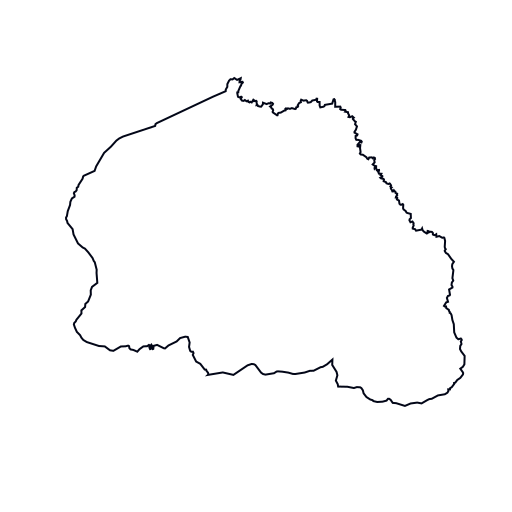 outline of Ocnita, Dâmbovita, Romania, rotated 168°
{"feature_id": "2599482B12009979413210", "entity_name": "Ocnita", "entity_type": "district", "adm_level": 2, "iso_a3": "ROU", "parent_name": "Romania", "parent_adm1": "Dâmbovita", "projection": "mercator", "projection_center": [25.545, 44.998], "detail": "fine", "context": "isolated", "style": "outline", "palette": "ink", "viewbox_px": 512, "rotation_deg": 168, "n_neighbors": 0, "source": "geoboundaries", "source_scale": "gbopen_adm2", "svg_char_len": 6025}
<svg xmlns="http://www.w3.org/2000/svg" viewBox="0 0 512 512"><g transform="rotate(168 256 256)"><path d="M424.1,350.6L426.3,347.6L427.3,344.5L430.8,339.0L432.7,334.3L433.8,333.1L434.1,331.5L433.5,329.5L433.5,327.5L429.8,320.4L430.0,315.0L427.5,305.3L423.8,300.4L421.8,298.8L419.3,294.5L416.3,288.0L415.7,284.8L415.0,283.4L414.7,275.7L415.5,272.6L416.8,262.7L422.8,259.9L424.8,256.8L425.6,252.5L429.7,246.4L432.9,244.6L433.8,241.6L438.1,239.1L438.7,236.0L444.9,231.0L445.9,229.5L447.7,228.3L448.4,226.9L448.0,223.5L447.0,219.0L444.5,215.1L443.8,212.5L442.4,209.8L439.4,207.0L428.3,200.6L422.7,199.0L418.4,194.1L415.2,192.9L407.0,195.6L402.4,194.8L399.7,194.9L398.9,194.2L399.0,192.2L398.1,190.7L395.5,189.6L392.0,187.1L389.3,189.1L385.0,191.0L381.2,190.4L379.2,191.3L378.8,190.9L379.3,188.6L378.8,186.1L378.0,190.1L376.8,191.0L376.5,190.1L376.7,187.2L376.4,186.4L375.8,186.5L374.8,189.4L371.2,189.6L365.3,184.9L364.2,184.5L360.2,186.7L351.4,188.9L347.3,191.5L342.0,191.8L339.6,191.0L338.9,185.2L340.4,181.0L340.1,176.9L339.2,175.8L337.6,175.5L337.3,174.0L338.4,172.4L336.5,165.2L332.9,162.1L329.8,155.6L328.4,155.2L328.3,154.0L327.2,151.8L327.2,150.0L327.7,149.7L312.7,149.0L302.8,144.4L287.0,150.8L282.7,151.3L280.6,150.6L279.3,149.5L275.3,140.9L273.7,139.1L271.4,138.0L262.7,137.6L259.9,138.7L258.5,138.6L254.4,137.4L248.6,135.2L244.5,133.0L242.2,132.4L232.6,131.9L227.2,132.5L223.5,131.8L215.9,133.8L213.8,133.7L209.0,135.3L202.8,138.8L204.1,133.6L201.3,125.9L201.2,122.4L203.8,117.5L202.7,113.6L202.8,111.2L193.8,109.1L187.7,106.5L184.6,106.8L181.4,105.9L180.4,104.9L179.4,102.4L179.3,99.3L177.3,95.1L174.1,91.9L171.9,90.7L171.4,89.7L167.8,88.0L162.5,87.2L158.4,87.4L156.6,88.9L155.4,88.6L154.2,87.3L152.8,83.9L149.5,82.9L141.5,78.4L135.4,79.6L128.8,79.1L124.7,77.4L118.3,79.5L116.2,80.0L113.8,79.8L107.0,81.8L100.0,81.5L97.2,82.5L95.9,83.9L95.7,85.6L94.0,85.2L93.7,86.3L91.8,87.0L88.8,89.6L88.7,90.6L87.4,90.7L84.9,92.9L81.5,94.3L78.2,97.1L77.7,98.4L77.9,99.4L79.6,103.3L76.7,104.6L74.7,106.7L72.7,114.9L75.1,120.0L75.8,122.6L74.9,125.6L73.3,127.2L73.4,129.9L72.3,130.9L72.2,131.6L72.8,132.7L75.4,132.5L76.9,134.5L78.0,140.1L76.7,148.2L77.2,152.5L77.0,157.5L77.5,159.4L78.4,160.2L78.1,161.1L78.7,162.3L78.6,163.3L80.7,165.4L80.6,167.1L81.8,167.3L82.5,168.1L79.6,171.1L77.7,171.3L78.0,175.3L76.6,177.0L74.8,177.2L74.3,177.7L74.1,183.1L70.4,184.3L70.2,185.2L70.8,187.0L69.9,189.4L68.2,190.9L68.5,193.5L66.0,200.7L65.9,201.6L66.5,202.8L66.4,205.2L65.7,207.2L63.6,209.2L65.6,212.6L67.8,217.8L69.6,219.5L70.3,221.4L70.3,222.0L69.0,223.2L69.5,224.5L69.5,225.7L67.9,231.4L68.0,234.5L68.4,235.1L70.0,235.1L72.6,237.4L75.5,237.3L75.2,239.8L76.8,239.2L78.2,239.9L78.5,240.3L78.2,241.7L78.9,243.0L80.4,243.5L81.9,243.2L82.0,244.4L82.9,244.8L83.8,242.6L84.3,242.5L86.7,244.9L87.7,246.6L87.8,248.4L88.6,247.4L94.2,247.5L94.8,249.1L97.0,250.2L96.9,251.0L95.4,253.2L95.5,254.4L95.0,255.3L95.8,257.2L97.9,256.9L98.5,259.0L98.1,260.0L96.6,260.9L95.9,265.0L99.2,266.7L99.8,267.3L100.2,268.8L102.0,270.9L102.2,272.2L101.3,275.5L101.7,276.3L103.5,275.9L104.1,276.2L104.8,277.3L104.6,280.5L106.4,282.0L105.7,283.4L105.8,283.7L107.1,284.1L106.6,285.1L105.2,286.2L105.4,286.9L105.0,287.6L106.4,288.7L106.3,290.0L107.1,290.6L107.5,291.6L108.6,290.6L109.2,290.8L109.3,292.1L110.1,294.0L109.8,294.8L109.2,295.0L110.1,296.0L109.2,297.0L109.9,298.8L110.2,299.2L111.5,298.9L113.3,300.0L113.5,301.2L115.6,302.6L114.9,304.3L115.3,304.9L117.5,305.9L118.1,306.7L115.9,307.4L115.8,307.9L117.4,309.4L116.4,310.4L118.7,311.1L118.7,312.5L119.1,313.1L117.9,313.8L117.8,314.6L120.0,314.9L120.3,317.3L121.0,317.5L121.8,316.9L121.8,317.4L121.2,318.0L120.0,318.1L119.8,318.9L121.3,319.6L122.8,321.3L120.5,322.9L120.4,325.4L119.4,326.1L119.4,327.3L120.3,327.9L121.5,327.3L122.2,328.4L124.8,328.8L126.0,327.3L126.9,328.0L127.5,329.7L130.4,332.8L132.4,333.5L133.1,334.6L132.1,335.9L131.8,339.9L130.9,342.8L132.0,343.1L132.8,341.7L133.9,342.2L133.6,343.7L130.8,345.8L129.3,345.1L128.8,345.9L129.2,346.8L131.8,348.3L133.7,348.7L133.9,349.2L134.1,350.6L133.6,352.7L132.0,352.9L131.4,353.9L134.0,356.2L133.9,356.9L132.0,358.8L130.3,361.8L131.7,364.3L130.5,366.5L131.1,366.9L132.8,369.9L132.6,370.6L131.6,371.0L132.8,372.7L135.3,372.2L136.6,372.8L135.6,374.2L136.3,376.4L136.1,377.5L138.7,378.6L138.1,379.1L138.3,380.2L142.4,381.4L143.1,382.2L142.3,383.5L142.5,384.6L147.5,385.5L146.5,390.1L146.8,391.4L146.4,392.1L146.9,393.2L147.6,393.1L149.8,389.2L157.2,389.5L157.9,388.4L158.9,388.0L162.2,388.0L162.5,389.9L161.8,393.4L163.7,393.8L164.2,394.5L163.5,397.1L164.1,397.3L164.8,396.3L168.6,396.4L170.5,395.1L172.6,395.1L173.5,395.3L173.8,397.1L174.5,397.9L177.3,398.1L179.3,399.5L180.1,398.4L180.1,397.1L182.1,396.6L183.9,394.7L183.6,393.9L184.3,393.1L185.7,393.1L186.5,391.7L187.2,391.6L190.2,393.2L192.2,392.9L194.1,393.8L194.8,393.4L196.0,394.2L196.7,393.8L196.5,392.7L196.8,392.3L198.0,392.4L202.0,391.1L204.1,391.3L204.9,390.9L205.7,389.2L206.1,389.2L209.6,392.9L209.8,393.5L208.9,395.0L209.0,396.1L210.1,397.1L210.1,398.1L211.1,399.3L208.3,400.5L207.7,401.3L208.3,402.4L209.7,403.1L210.3,402.2L211.9,402.8L214.0,402.4L217.3,404.5L217.7,403.0L219.9,401.0L221.0,401.3L222.9,402.3L223.1,403.3L224.1,403.4L223.5,404.5L223.6,406.1L223.2,407.1L223.5,407.7L225.6,407.9L225.4,408.6L226.1,409.4L228.3,407.1L229.6,408.1L230.4,407.6L231.5,408.4L231.6,409.6L233.1,409.3L234.5,410.9L235.8,410.3L237.4,410.9L238.3,412.8L236.9,414.3L237.4,414.9L239.3,414.6L240.5,415.5L240.5,419.0L240.3,419.9L239.3,419.8L238.9,421.2L235.9,425.4L235.3,425.7L234.4,427.4L232.8,428.4L233.0,429.2L236.0,429.4L235.5,431.1L234.6,431.6L234.0,433.1L237.9,432.2L240.3,434.6L242.2,433.6L244.2,434.2L245.9,433.1L248.3,430.1L248.9,427.4L250.9,425.2L251.4,423.5L264.8,420.8L325.4,406.6L326.9,405.9L327.6,404.2L361.2,400.5L365.4,399.4L368.6,397.9L375.2,393.1L383.1,388.5L393.7,376.9L396.2,372.8L407.7,370.3L408.5,369.8L409.6,367.6L414.8,362.4L415.5,360.7L417.1,360.0L417.8,357.6L419.0,356.6L420.3,356.3L421.1,355.3L420.8,353.1L421.2,351.7L424.1,350.6Z" fill="none" stroke="#020617" stroke-width="2"/></g></svg>